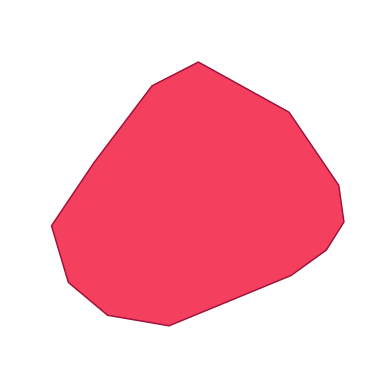 Swains Island, American Samoa, United States of America (Natural Earth projection), rotated 167°
{"feature_id": "52423323B5700348428358", "entity_name": "Swains Island", "entity_type": "district", "adm_level": 2, "iso_a3": "USA", "parent_name": "United States of America", "parent_adm1": "American Samoa", "projection": "natural_earth1", "projection_center": [-171.079, -11.056], "detail": "fine", "context": "isolated", "style": "filled", "palette": "rose", "viewbox_px": 384, "rotation_deg": 167, "n_neighbors": 0, "source": "geoboundaries", "source_scale": "gbopen_adm2", "svg_char_len": 319}
<svg xmlns="http://www.w3.org/2000/svg" viewBox="0 0 384 384"><g transform="rotate(167 192 192)"><path d="M50.7,128.6L47.5,165.4L79.5,247.9L156.6,317.2L207.0,304.5L281.3,242.3L336.5,190.7L332.8,131.7L301.9,90.8L244.5,66.8L114.2,88.4L74.2,105.2L50.7,128.6Z" fill="#f43f5e" stroke="#9f1239" stroke-width="1.5"/></g></svg>